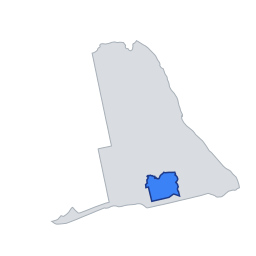 where Oshikoto sits in Namibia, rotated 167°
{"feature_id": "NAM-3355", "entity_name": "Oshikoto", "entity_type": "Region", "adm_level": 1, "iso_a3": "NAM", "parent_name": "Namibia", "parent_adm1": "", "projection": "orthographic", "projection_center": [17.144, -18.609], "detail": "fine", "context": "in_parent", "style": "filled", "palette": "blue", "viewbox_px": 256, "rotation_deg": 167, "n_neighbors": 0, "source": "natural_earth", "source_scale": "10m", "svg_char_len": 4341}
<svg xmlns="http://www.w3.org/2000/svg" viewBox="0 0 256 256"><g transform="rotate(167 128 128)"><path d="M197.1,50.8L200.1,50.3L203.0,49.9L206.3,49.4L209.0,49.1L209.7,49.0L216.1,49.8L218.9,50.3L219.8,50.7L221.1,51.7L223.3,54.2L222.7,54.1L218.4,54.4L216.7,54.9L213.0,57.6L212.2,57.2L211.3,56.6L210.6,56.4L209.0,57.0L207.3,57.7L205.5,58.8L204.0,59.8L203.5,60.4L201.2,62.6L200.4,63.0L199.7,63.1L199.2,62.0L197.9,59.6L195.7,56.5L195.1,56.2L194.6,56.1L193.0,56.2L188.1,56.9L184.0,57.5L177.6,58.5L170.8,59.3L166.7,59.8L163.0,59.9L163.0,62.9L162.9,69.0L162.7,75.0L162.6,81.1L162.5,87.1L162.3,93.1L162.2,99.2L162.1,105.2L161.9,111.2L161.9,113.9L161.7,114.4L159.7,114.4L155.1,114.3L151.2,114.2L148.1,114.2L148.1,117.8L148.0,122.0L147.9,126.2L147.8,130.5L147.7,134.7L147.7,138.9L147.6,143.2L147.5,147.4L147.4,151.6L147.4,154.8L147.3,155.2L147.2,161.3L147.1,167.9L146.9,174.4L146.8,180.9L146.6,187.5L146.5,194.0L146.3,200.5L146.2,207.0L146.1,209.0L144.8,209.0L142.1,209.7L140.4,210.7L139.6,212.0L138.6,212.8L137.4,213.0L136.8,213.7L137.0,214.7L136.5,215.5L135.4,216.0L133.6,215.8L131.2,214.9L128.1,214.7L124.3,215.1L121.7,214.9L120.0,214.0L118.3,213.5L116.4,213.4L115.4,213.0L113.2,212.3L112.7,211.2L112.5,210.4L111.9,209.5L111.8,208.7L112.3,208.2L112.4,207.3L112.0,206.1L111.4,205.5L110.5,205.5L110.0,205.1L109.8,204.1L109.3,203.4L108.1,202.6L106.5,203.2L105.7,204.0L105.3,205.4L104.9,206.0L104.7,207.1L104.6,207.9L104.2,208.8L103.7,209.1L103.3,208.9L102.5,209.3L100.7,210.5L100.2,211.2L98.7,210.0L94.4,205.6L92.9,204.4L90.6,201.7L85.5,193.3L84.8,191.7L83.8,187.6L82.6,184.6L82.5,182.8L83.0,181.8L82.6,180.5L82.1,179.3L80.3,177.7L79.8,172.4L78.5,169.0L78.7,166.2L78.2,163.6L78.1,162.0L78.3,158.8L77.3,155.2L75.3,151.7L73.5,146.6L73.2,144.4L73.3,138.4L72.9,136.0L72.9,133.1L72.2,130.1L71.9,128.5L72.3,127.2L72.6,127.6L73.1,127.8L73.4,126.0L73.5,124.5L72.5,120.8L70.5,117.0L65.6,110.8L64.4,108.5L63.7,106.5L58.1,98.4L55.7,92.6L54.0,87.6L52.2,85.3L43.6,69.2L41.8,66.7L38.4,63.7L37.6,62.6L36.3,59.7L33.7,55.8L33.0,52.1L32.7,47.9L32.9,44.7L35.2,44.3L36.7,43.4L38.1,43.3L39.5,43.9L41.0,43.9L41.6,43.8L44.3,43.8L45.8,43.0L47.6,42.2L48.6,41.5L50.0,40.8L52.0,40.0L53.1,40.0L54.5,40.3L56.3,40.5L57.3,41.0L58.5,42.4L60.4,43.8L61.8,44.5L63.4,45.6L63.9,46.0L64.6,46.2L65.0,46.3L68.0,46.1L70.6,45.9L73.5,45.8L78.9,45.8L84.3,45.7L89.7,45.7L95.1,45.7L100.6,45.6L106.0,45.6L111.4,45.6L116.8,45.7L119.0,45.7L122.9,45.7L126.9,45.8L127.4,45.9L127.8,46.2L128.2,46.5L129.6,48.4L131.4,50.3L132.9,51.3L134.8,51.9L136.5,52.1L138.1,52.0L140.7,52.3L144.4,52.9L148.2,53.2L152.2,53.0L155.0,53.4L156.6,54.4L158.2,55.1L159.9,55.4L162.2,55.3L165.1,54.6L167.6,54.8L168.7,55.3L169.4,55.4L173.6,54.7L177.0,54.2L182.2,53.3L186.4,52.6L192.7,51.6L197.1,50.8Z" fill="#d9dde1" stroke="#a8b0b8" stroke-width="1"/><path d="M103.1,76.7L102.9,76.6L102.1,76.2L101.2,75.9L100.3,75.9L97.7,75.5L95.9,75.0L95.1,74.9L94.1,74.6L92.4,74.4L92.4,74.1L92.3,73.7L92.1,72.7L92.1,72.3L92.3,72.1L92.6,71.9L92.7,71.5L92.2,71.2L92.0,70.9L91.8,70.5L91.6,70.1L91.1,69.1L91.1,68.7L91.0,67.5L91.0,67.1L91.2,66.6L91.7,65.9L92.4,65.3L92.8,64.7L93.1,64.6L93.4,64.6L93.7,64.4L93.6,64.0L93.0,63.2L92.7,62.5L92.5,62.1L92.4,61.7L92.5,60.7L92.3,60.0L92.3,59.3L92.5,59.1L92.8,58.9L93.4,58.0L93.5,57.6L93.6,56.8L93.6,55.6L93.5,55.3L93.3,55.1L93.1,55.0L93.1,50.2L97.4,52.9L98.6,53.4L103.7,51.2L121.3,51.2L121.4,65.8L124.0,65.9L123.7,67.2L123.6,68.8L123.0,69.1L122.8,69.3L122.4,69.7L122.2,69.9L121.9,70.0L121.6,70.0L121.6,71.2L121.6,71.4L121.6,71.6L121.4,71.9L121.4,72.1L121.4,72.6L121.3,73.0L121.2,73.3L121.0,73.5L120.8,73.5L120.7,73.6L120.5,73.8L120.4,74.0L119.9,74.4L119.8,74.6L119.7,74.7L119.6,74.8L119.6,75.1L119.6,75.3L119.6,75.5L119.8,75.7L120.2,76.3L120.3,76.5L120.2,76.6L120.1,76.8L119.4,77.1L119.2,77.2L119.0,76.8L118.9,76.7L118.6,76.6L118.3,76.7L117.9,76.9L117.7,76.9L116.8,76.9L116.7,76.9L116.2,76.4L115.9,76.2L115.7,76.1L115.3,76.2L115.1,76.1L114.7,75.8L114.6,75.7L114.5,75.4L114.4,75.3L114.0,75.0L113.8,75.0L113.6,74.9L113.3,75.0L113.1,74.9L112.8,74.8L112.8,74.7L112.8,74.0L112.8,73.8L113.1,73.7L113.2,73.0L113.1,72.9L112.7,72.9L112.4,73.0L112.3,73.4L112.2,73.5L111.9,73.5L111.8,73.4L111.9,73.0L111.9,72.8L111.8,72.7L111.6,72.4L111.2,72.2L110.8,72.2L110.5,72.1L110.4,72.0L110.3,71.8L110.2,71.7L109.0,71.9L108.4,72.8L107.1,74.5L103.2,76.5L103.1,76.7Z" fill="#3b82f6" stroke="#1e3a8a" stroke-width="1.5"/></g></svg>